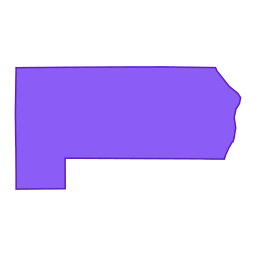 Racine, Wisconsin, United States of America (Natural Earth projection)
{"feature_id": "52423323B56497916427340", "entity_name": "Racine", "entity_type": "district", "adm_level": 2, "iso_a3": "USA", "parent_name": "United States of America", "parent_adm1": "Wisconsin", "projection": "natural_earth1", "projection_center": [-87.993, 42.727], "detail": "fine", "context": "isolated", "style": "filled", "palette": "violet", "viewbox_px": 256, "rotation_deg": 0, "n_neighbors": 0, "source": "geoboundaries", "source_scale": "gbopen_adm2", "svg_char_len": 516}
<svg xmlns="http://www.w3.org/2000/svg" viewBox="0 0 256 256"><path d="M16.1,67.7L16.1,68.4L15.4,112.5L15.4,113.1L15.8,145.3L15.9,147.4L16.1,173.8L16.1,189.1L31.2,189.0L65.2,188.7L65.1,158.2L200.2,158.8L207.7,159.0L224.4,159.1L225.5,155.2L228.9,147.6L232.1,142.3L232.3,141.9L233.0,141.8L234.1,137.9L235.7,127.9L234.2,117.2L235.1,113.1L235.9,109.3L239.4,103.6L240.6,97.7L237.7,93.2L229.3,86.5L217.1,71.2L215.5,67.6L163.6,66.9L114.5,67.0L65.3,67.3L16.1,67.7Z" fill="#8b5cf6" stroke="#5b21b6" stroke-width="1.5"/></svg>